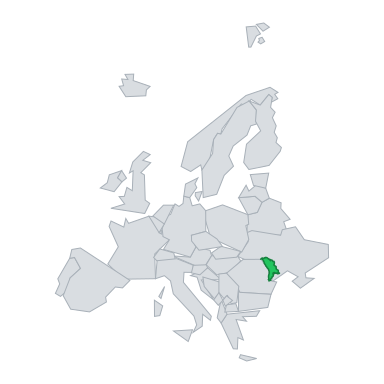 Moldova on a map of Europe (orthographic projection)
{"feature_id": "MDA", "entity_name": "Moldova", "entity_type": "country or territory", "adm_level": 0, "iso_a3": "MDA", "parent_name": "Europe", "parent_adm1": "", "projection": "orthographic", "projection_center": [28.535, 46.964], "detail": "fine", "context": "in_parent", "style": "filled", "palette": "green", "viewbox_px": 384, "rotation_deg": 0, "n_neighbors": 37, "source": "natural_earth", "source_scale": "50m", "svg_char_len": 9116}
<svg xmlns="http://www.w3.org/2000/svg" viewBox="0 0 384 384"><path d="M246.2,26.9L255.6,26.1L260.5,33.9L256.4,36.0L250.9,47.1L248.7,47.1L246.2,26.9ZM277.8,98.7L271.0,102.4L272.2,97.4L268.8,94.5L260.2,105.1L251.1,99.3L246.3,105.8L241.3,104.0L222.1,128.8L220.8,134.1L217.6,133.3L213.6,139.6L209.2,161.8L201.9,170.0L200.7,164.9L190.7,171.5L181.1,166.5L187.7,141.7L246.0,95.5L270.0,87.3L278.0,92.4L274.7,94.3L277.8,98.7ZM269.4,27.2L263.0,31.2L256.4,24.4L263.8,23.0L269.4,27.2ZM264.7,41.5L260.7,43.9L258.0,42.1L259.4,40.6L258.8,38.4L262.1,37.3L264.7,41.5Z" fill="#d9dde1" stroke="#a8b0b8" stroke-width="1"/><path d="M148.9,216.2L169.4,239.8L154.7,254.0L155.5,278.7L123.7,279.2L107.8,264.0L118.3,246.8L109.1,226.4L111.0,221.0L123.8,227.1L125.8,218.5L128.6,223.3L148.9,216.2ZM158.8,296.4L164.6,286.5L161.0,298.5L158.8,296.4Z" fill="#d9dde1" stroke="#a8b0b8" stroke-width="1"/><path d="M201.9,170.0L212.6,153.5L213.6,139.6L217.6,133.3L220.8,134.1L237.0,107.4L249.2,101.0L256.4,110.0L256.3,124.1L250.7,125.8L247.0,135.1L233.2,146.0L228.8,156.0L233.5,166.2L224.2,175.3L216.7,194.3L203.2,197.6L201.9,170.0Z" fill="#d9dde1" stroke="#a8b0b8" stroke-width="1"/><path d="M269.3,198.2L281.1,202.8L280.8,208.5L290.1,219.3L283.7,221.7L286.3,229.1L280.6,235.3L246.8,232.7L247.9,214.7L257.3,212.4L262.0,202.3L269.3,198.2Z" fill="#d9dde1" stroke="#a8b0b8" stroke-width="1"/><path d="M305.9,277.8L314.1,278.4L300.4,288.2L292.2,281.2L298.1,276.8L287.5,270.8L271.7,281.9L272.6,273.2L278.8,273.2L271.6,260.2L251.8,262.7L237.8,256.5L248.2,241.7L246.8,232.7L251.9,230.6L280.6,235.3L282.3,229.7L295.5,226.8L304.3,239.7L328.3,244.5L328.6,257.7L305.2,273.0L305.9,277.8Z" fill="#d9dde1" stroke="#a8b0b8" stroke-width="1"/><path d="M247.9,214.7L248.7,224.2L245.8,225.6L248.8,239.5L241.7,252.1L210.5,237.6L204.3,216.5L205.7,210.7L222.6,204.9L247.9,214.7Z" fill="#d9dde1" stroke="#a8b0b8" stroke-width="1"/><path d="M211.6,255.7L205.0,266.0L197.5,266.7L172.4,255.9L190.3,257.1L195.8,247.1L210.0,250.3L211.6,255.7Z" fill="#d9dde1" stroke="#a8b0b8" stroke-width="1"/><path d="M237.8,256.5L240.7,260.9L230.9,272.2L216.8,274.9L206.2,264.8L211.6,255.7L237.8,256.5Z" fill="#d9dde1" stroke="#a8b0b8" stroke-width="1"/><path d="M269.2,280.5L276.7,282.0L271.0,294.3L239.7,292.3L226.5,273.2L243.1,259.4L261.0,259.3L268.7,270.3L269.2,280.5Z" fill="#d9dde1" stroke="#a8b0b8" stroke-width="1"/><path d="M262.0,202.3L257.3,212.4L247.9,214.7L238.6,197.7L255.1,196.3L262.0,202.3Z" fill="#d9dde1" stroke="#a8b0b8" stroke-width="1"/><path d="M265.7,188.2L269.3,198.2L262.0,202.3L255.1,196.3L238.6,197.7L246.1,185.2L248.9,191.1L257.1,184.2L265.7,188.2Z" fill="#d9dde1" stroke="#a8b0b8" stroke-width="1"/><path d="M268.7,173.1L265.7,188.2L253.5,185.4L250.3,174.6L268.7,173.1Z" fill="#d9dde1" stroke="#a8b0b8" stroke-width="1"/><path d="M205.7,210.7L205.8,231.4L191.4,235.3L195.8,247.1L190.3,257.1L163.5,249.4L169.4,239.8L163.0,236.6L162.2,228.8L165.9,216.1L170.6,214.4L175.0,203.9L179.0,206.4L183.0,203.5L183.8,196.2L189.7,197.6L192.2,205.8L199.8,203.9L205.7,210.7Z" fill="#d9dde1" stroke="#a8b0b8" stroke-width="1"/><path d="M238.4,289.0L239.7,292.3L271.0,294.3L267.8,307.4L238.5,311.4L238.4,289.0Z" fill="#d9dde1" stroke="#a8b0b8" stroke-width="1"/><path d="M256.7,358.5L246.7,361.0L239.2,357.8L240.5,354.7L256.7,358.5ZM227.0,314.2L259.7,310.7L256.4,316.3L242.6,316.7L246.5,321.2L236.1,319.5L243.4,340.0L237.9,337.6L237.4,349.0L233.3,348.8L221.1,323.0L227.0,314.2Z" fill="#d9dde1" stroke="#a8b0b8" stroke-width="1"/><path d="M227.0,314.2L221.1,323.0L217.2,317.8L221.1,299.3L227.0,314.2Z" fill="#d9dde1" stroke="#a8b0b8" stroke-width="1"/><path d="M207.6,267.8L221.3,279.6L201.3,280.0L213.7,300.0L201.2,290.2L197.1,277.2L190.6,275.6L207.6,267.8Z" fill="#d9dde1" stroke="#a8b0b8" stroke-width="1"/><path d="M173.8,252.9L175.7,261.7L158.8,262.9L153.6,257.4L159.8,249.0L173.8,252.9Z" fill="#d9dde1" stroke="#a8b0b8" stroke-width="1"/><path d="M160.9,228.8L161.4,234.0L159.1,232.7L160.9,228.8Z" fill="#d9dde1" stroke="#a8b0b8" stroke-width="1"/><path d="M164.3,224.0L159.1,232.7L148.9,216.2L160.6,217.4L164.3,224.0Z" fill="#d9dde1" stroke="#a8b0b8" stroke-width="1"/><path d="M173.7,205.2L164.3,224.0L152.9,216.0L163.4,205.2L173.7,205.2Z" fill="#d9dde1" stroke="#a8b0b8" stroke-width="1"/><path d="M69.7,258.3L74.5,257.5L80.5,268.4L70.1,277.9L68.0,290.0L60.5,296.4L55.4,293.4L59.7,283.9L57.8,278.8L69.7,258.3Z" fill="#d9dde1" stroke="#a8b0b8" stroke-width="1"/><path d="M63.2,295.7L70.1,277.9L80.5,268.4L74.5,257.5L69.7,258.3L71.8,249.5L80.4,248.0L129.9,280.4L122.5,287.9L115.3,287.0L105.6,297.1L106.4,302.0L89.5,311.9L70.7,309.2L63.2,295.7Z" fill="#d9dde1" stroke="#a8b0b8" stroke-width="1"/><path d="M122.0,181.8L114.1,191.7L100.3,188.0L107.3,182.7L109.3,174.8L121.6,170.6L117.6,177.8L122.0,181.8Z" fill="#d9dde1" stroke="#a8b0b8" stroke-width="1"/><path d="M176.8,258.7L193.3,265.3L192.7,272.4L184.0,272.3L183.4,282.3L211.3,316.2L210.4,320.3L202.7,314.3L202.2,326.2L193.1,332.4L196.7,324.9L193.9,316.0L173.3,293.8L170.5,280.8L164.4,275.7L155.5,278.7L157.1,260.7L176.8,258.7ZM173.5,331.0L192.5,329.8L188.2,341.5L173.5,331.0ZM154.4,300.2L162.7,305.9L159.8,315.6L154.5,316.4L154.4,300.2Z" fill="#d9dde1" stroke="#a8b0b8" stroke-width="1"/><path d="M189.7,197.6L183.8,196.2L185.5,184.1L197.9,177.9L194.9,183.8L196.8,187.6L189.7,197.6ZM202.1,191.5L198.6,201.0L195.2,195.8L195.4,192.6L202.1,191.5Z" fill="#d9dde1" stroke="#a8b0b8" stroke-width="1"/><path d="M122.0,181.8L117.6,177.8L121.6,170.6L126.5,178.1L122.0,181.8ZM132.3,190.7L133.1,170.8L129.4,173.0L132.8,162.0L143.4,151.4L150.2,154.6L142.8,160.3L150.7,162.7L140.8,172.7L144.4,174.9L145.2,200.1L149.7,203.4L144.7,213.5L110.9,208.3L124.7,204.0L119.1,196.6L124.3,196.4L126.9,187.4L132.3,190.7Z" fill="#d9dde1" stroke="#a8b0b8" stroke-width="1"/><path d="M150.1,86.4L146.4,89.9L145.8,95.8L125.8,96.7L119.1,86.3L123.6,85.7L121.7,79.0L127.9,79.5L125.0,74.4L133.7,74.1L133.2,80.6L150.1,86.4Z" fill="#d9dde1" stroke="#a8b0b8" stroke-width="1"/><path d="M193.3,265.3L206.2,264.8L207.6,267.8L199.9,274.8L191.4,272.9L193.3,265.3Z" fill="#d9dde1" stroke="#a8b0b8" stroke-width="1"/><path d="M272.2,97.4L270.6,107.4L275.1,112.2L272.4,117.7L276.2,125.9L274.2,132.3L277.3,137.7L276.0,142.5L281.4,147.5L280.2,151.3L269.1,165.4L248.9,169.5L243.7,162.5L246.5,144.2L260.7,130.9L255.5,121.2L256.4,110.0L249.2,101.0L260.2,105.1L268.8,94.5L272.2,97.4Z" fill="#d9dde1" stroke="#a8b0b8" stroke-width="1"/><path d="M240.7,251.5L236.7,257.2L215.7,259.2L211.5,253.0L221.0,246.3L240.7,251.5Z" fill="#d9dde1" stroke="#a8b0b8" stroke-width="1"/><path d="M205.8,231.4L217.0,239.0L222.5,246.5L199.0,250.2L191.6,241.0L191.4,235.3L205.8,231.4Z" fill="#d9dde1" stroke="#a8b0b8" stroke-width="1"/><path d="M214.4,298.8L204.2,286.5L202.9,277.0L220.8,282.4L220.2,292.4L214.4,298.8Z" fill="#d9dde1" stroke="#a8b0b8" stroke-width="1"/><path d="M235.8,303.6L238.5,311.4L224.8,312.1L226.4,304.8L235.8,303.6Z" fill="#d9dde1" stroke="#a8b0b8" stroke-width="1"/><path d="M218.9,274.0L226.5,273.2L238.8,286.3L236.8,302.6L231.1,303.8L227.5,295.5L224.1,298.7L218.9,292.6L218.9,274.0Z" fill="#d9dde1" stroke="#a8b0b8" stroke-width="1"/><path d="M222.9,300.3L218.3,305.3L213.7,300.0L218.9,292.6L222.9,300.3Z" fill="#d9dde1" stroke="#a8b0b8" stroke-width="1"/><path d="M225.3,306.2L222.9,300.3L226.5,295.8L232.5,300.5L225.3,306.2Z" fill="#d9dde1" stroke="#a8b0b8" stroke-width="1"/><path d="M261.0,259.0L261.1,258.7L262.2,258.0L262.5,258.1L263.0,258.2L264.2,258.2L264.7,257.7L265.1,257.8L265.4,257.6L265.8,257.4L265.9,257.5L266.7,257.6L267.2,257.8L267.6,258.2L267.9,258.5L268.3,258.6L268.5,258.8L268.6,259.1L268.9,259.2L269.6,259.2L269.9,259.4L269.8,259.8L269.9,260.0L270.1,259.8L270.3,259.9L270.4,260.2L270.5,260.4L270.9,259.9L271.2,260.0L272.1,260.2L272.6,261.1L272.9,261.5L273.1,261.6L273.5,261.4L273.8,261.3L274.3,262.0L274.4,262.8L274.4,263.1L274.3,263.7L274.1,264.3L273.9,264.7L274.0,265.0L274.1,265.3L274.4,265.4L275.1,265.9L275.3,266.3L275.7,266.5L276.0,266.5L276.2,266.9L276.2,267.3L276.0,267.8L276.0,268.1L276.3,268.4L276.3,268.8L276.3,269.1L276.5,269.2L277.1,269.7L278.0,270.1L278.2,270.4L278.3,270.9L278.3,271.6L278.3,272.3L279.4,273.2L279.3,273.4L279.1,273.5L278.0,273.7L277.8,273.8L277.4,273.1L277.1,273.0L276.9,273.3L276.6,273.4L276.3,273.4L276.0,273.2L275.8,273.0L275.7,273.0L275.4,273.1L275.2,273.1L275.0,272.9L274.7,273.5L274.4,273.6L274.4,272.6L274.1,272.5L273.6,272.7L273.1,273.0L273.0,273.3L273.0,273.7L273.1,274.3L273.4,275.2L273.2,275.6L273.1,276.2L272.6,276.7L272.0,277.0L271.9,277.7L271.6,278.1L271.0,278.6L270.6,279.1L270.7,279.5L270.8,279.9L270.7,280.1L270.7,280.3L269.7,280.4L269.4,280.5L269.1,280.8L268.9,280.3L268.6,279.9L268.4,279.6L268.5,279.5L268.7,279.4L268.8,279.3L268.8,278.8L268.7,278.2L268.6,277.9L268.6,277.4L268.5,276.8L268.6,275.5L269.1,273.9L269.3,273.1L269.2,272.6L269.3,271.6L269.1,271.1L268.8,270.4L268.4,269.0L267.9,268.5L267.3,267.9L267.0,267.5L266.8,267.0L266.5,266.6L266.0,266.2L265.5,265.1L265.3,264.6L265.2,264.5L264.6,263.8L264.3,263.2L264.2,262.7L264.1,262.2L263.7,261.3L263.4,260.6L263.0,260.1L262.9,259.8L262.5,259.4L261.9,259.0L261.5,258.9L261.0,259.0Z" fill="#22c55e" stroke="#15803d" stroke-width="1.5"/></svg>